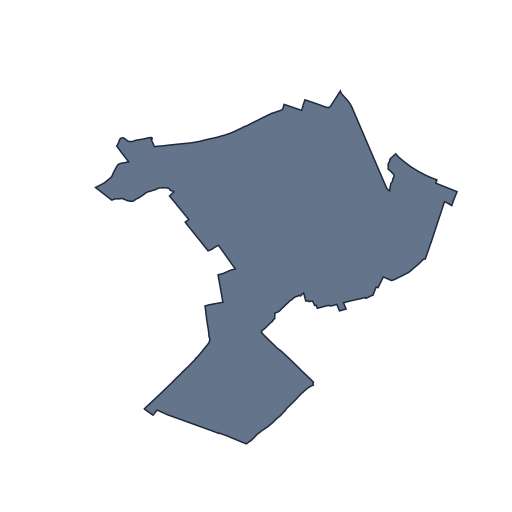 Castelu, Constanta, Romania (Natural Earth projection), rotated 197°
{"feature_id": "2599482B70858783646654", "entity_name": "Castelu", "entity_type": "district", "adm_level": 2, "iso_a3": "ROU", "parent_name": "Romania", "parent_adm1": "Constanta", "projection": "natural_earth1", "projection_center": [28.385, 44.29], "detail": "fine", "context": "isolated", "style": "filled", "palette": "slate", "viewbox_px": 512, "rotation_deg": 197, "n_neighbors": 0, "source": "geoboundaries", "source_scale": "gbopen_adm2", "svg_char_len": 5814}
<svg xmlns="http://www.w3.org/2000/svg" viewBox="0 0 512 512"><g transform="rotate(197 256 256)"><path d="M93.2,302.7L93.2,303.8L92.7,315.2L92.6,320.1L92.4,320.6L92.4,321.1L92.5,321.5L92.3,330.1L92.0,345.4L91.6,362.9L91.5,363.1L91.4,363.2L91.2,363.1L90.4,363.0L89.7,362.9L83.5,361.4L83.5,361.5L83.5,362.1L83.5,363.4L83.3,367.6L83.0,371.0L82.6,375.2L82.5,376.3L95.4,377.4L105.3,378.2L105.2,380.7L105.6,380.8L105.4,381.1L105.4,381.8L106.9,381.8L108.1,381.9L110.2,382.0L113.6,382.4L116.3,382.7L118.8,383.1L124.8,384.2L129.9,385.5L133.9,386.6L141.9,389.5L149.0,392.5L152.0,394.5L152.0,394.4L152.7,393.8L155.7,388.9L156.3,387.5L156.2,387.0L156.2,386.7L155.8,385.6L156.2,384.4L156.6,382.8L155.6,380.0L155.4,379.2L155.4,378.5L154.9,377.6L154.1,377.4L153.6,377.3L152.9,376.8L152.1,376.5L150.3,375.4L148.3,374.4L147.6,373.6L147.3,372.4L147.4,371.2L147.6,370.5L147.7,369.8L147.4,367.3L147.5,366.7L148.0,365.4L148.2,364.4L147.9,361.4L147.3,357.9L147.2,357.5L148.7,357.8L149.5,358.2L150.6,358.9L150.9,359.1L153.9,362.6L164.3,374.9L175.5,388.1L207.4,425.9L209.3,427.9L212.0,430.2L214.5,431.9L221.4,436.0L222.1,436.5L222.7,437.2L223.2,437.9L223.6,438.5L224.3,436.2L224.9,433.9L226.1,429.5L227.9,423.1L228.4,421.1L230.0,419.1L232.5,418.8L235.2,418.9L239.7,419.2L254.9,419.7L255.0,414.2L255.0,411.6L254.9,409.5L254.9,408.6L272.6,409.2L273.5,409.2L273.4,406.3L273.4,405.1L273.7,403.5L275.4,402.2L276.1,401.5L277.2,401.0L277.6,400.6L279.8,399.0L280.8,398.1L281.5,397.6L281.9,397.3L282.2,397.5L289.1,391.1L294.1,386.3L297.5,383.1L298.0,382.6L298.8,381.9L301.0,379.7L301.7,378.9L303.4,377.5L305.2,376.2L305.5,375.9L307.0,374.3L312.8,369.1L315.7,366.5L320.6,362.9L323.8,360.9L327.6,358.4L331.3,356.2L335.2,354.1L343.7,349.0L351.0,345.3L370.1,337.3L376.4,334.5L383.5,331.6L383.8,331.4L385.1,330.9L390.5,337.1L389.4,337.7L390.0,338.5L390.3,338.7L390.8,338.7L393.1,337.8L398.2,334.8L404.9,331.5L407.3,329.5L411.1,328.3L412.0,328.4L412.9,328.7L414.6,329.4L416.3,330.0L416.9,330.1L417.3,330.2L418.2,330.0L418.9,329.7L419.7,329.0L420.1,328.5L420.4,327.8L420.5,327.2L420.6,324.0L420.9,322.3L421.4,320.4L415.7,316.2L410.8,312.7L405.3,308.8L406.8,308.0L410.6,306.0L412.9,304.8L414.0,303.8L414.6,303.0L415.0,302.2L415.3,301.0L415.9,298.0L416.6,294.7L416.9,292.6L417.1,290.4L417.5,289.1L419.3,286.2L421.0,283.7L422.1,282.0L423.6,280.3L429.5,274.6L410.4,267.3L409.9,267.5L409.0,268.2L408.2,268.8L407.1,269.6L406.1,269.9L404.8,270.2L403.5,270.6L402.5,271.1L401.6,271.7L400.4,271.8L399.2,271.7L394.3,271.3L392.0,271.7L390.5,272.1L389.5,272.6L388.1,274.2L387.4,275.3L384.9,277.5L383.9,278.8L381.9,281.2L380.1,283.6L379.6,284.6L378.8,285.3L375.9,287.1L373.8,288.6L373.7,288.7L372.3,289.6L371.0,290.5L369.0,292.4L368.0,293.1L366.5,293.4L364.8,294.0L363.7,294.5L362.2,294.8L360.7,295.1L359.2,295.1L358.5,294.9L358.0,294.6L357.5,294.0L356.9,293.6L354.6,293.8L353.7,293.7L353.2,293.3L353.8,292.5L356.3,288.1L347.0,282.0L347.0,281.9L331.2,271.4L330.9,271.2L333.6,267.8L333.6,267.6L303.3,246.9L303.1,247.1L301.2,248.6L299.8,249.9L298.7,251.5L296.6,253.8L294.8,255.1L272.1,237.6L275.5,235.4L277.4,234.0L279.4,232.2L282.4,229.6L286.8,226.9L274.1,202.0L274.4,201.9L275.0,201.6L285.3,196.3L286.7,195.6L287.7,194.9L288.7,194.2L290.2,193.3L290.0,192.9L289.6,192.1L288.5,189.7L284.9,181.5L283.4,178.4L281.6,174.7L280.7,172.9L279.5,170.4L277.2,164.8L275.8,163.4L275.8,162.7L275.6,160.1L275.6,159.2L279.1,150.8L279.7,149.1L280.3,147.6L281.4,145.0L282.2,143.1L282.7,142.0L283.4,141.4L283.5,140.9L284.4,138.2L284.9,137.4L286.3,134.8L286.7,134.0L288.7,130.1L290.0,127.9L291.0,126.0L291.4,125.2L292.0,124.2L292.4,123.8L292.5,123.5L293.1,122.0L296.4,116.0L297.9,113.1L298.7,111.9L298.6,111.7L298.9,111.1L302.3,105.0L303.8,102.4L305.9,98.6L309.7,91.9L311.6,88.6L315.1,82.5L315.4,82.0L316.5,80.1L318.0,77.3L318.1,77.2L317.8,76.9L308.1,73.7L307.8,73.8L306.3,77.9L305.5,79.8L305.3,79.8L299.8,79.0L294.3,78.3L258.0,76.5L252.2,76.2L247.9,76.0L244.8,75.8L241.3,75.6L239.6,75.4L239.4,75.7L239.2,75.9L233.8,75.6L232.6,75.6L231.9,75.6L227.4,75.1L225.1,74.9L223.4,74.7L210.5,73.5L210.3,73.5L209.1,75.1L208.0,76.8L206.8,77.9L203.3,84.6L202.9,85.7L202.7,86.1L201.0,88.1L199.6,90.5L198.9,91.1L198.2,92.0L197.0,93.5L195.1,95.8L193.8,97.8L192.8,99.2L191.6,101.1L191.4,101.4L188.6,106.7L188.4,106.7L188.2,107.2L187.9,107.7L185.9,110.5L184.7,113.2L183.0,116.4L182.1,119.2L181.1,121.0L180.3,122.4L178.5,125.6L176.0,130.3L175.3,131.7L174.0,134.6L172.1,138.2L171.0,139.7L170.3,141.2L169.4,142.4L168.0,144.7L165.5,147.6L163.4,149.3L164.2,150.1L164.4,150.6L164.1,151.5L164.2,152.0L164.6,152.4L167.8,154.1L171.2,155.8L177.0,158.7L180.8,160.6L180.9,160.8L195.9,168.5L204.5,172.6L206.9,173.5L207.6,173.6L208.4,173.9L223.8,181.9L224.1,182.0L227.6,183.9L228.3,184.2L228.1,184.5L228.5,185.1L228.5,186.9L228.0,187.1L227.0,188.2L225.8,190.3L224.5,192.8L222.6,196.3L221.3,198.1L221.2,198.6L220.8,199.6L220.5,201.0L219.8,201.4L221.2,207.1L220.6,207.5L219.1,208.4L217.5,210.2L216.2,212.7L214.4,215.9L213.6,217.5L212.0,220.2L210.7,222.7L208.8,225.0L207.4,227.3L205.9,228.9L204.5,229.6L203.6,230.8L203.2,230.9L202.0,230.6L199.7,234.5L199.5,234.4L195.2,227.4L192.9,228.5L192.1,227.8L188.9,229.4L187.4,228.1L185.5,225.8L184.2,226.6L182.1,223.9L172.1,230.1L171.7,230.0L171.4,229.8L171.2,229.7L169.5,230.3L168.5,230.8L166.6,232.0L164.6,233.3L164.3,233.0L160.1,227.9L154.3,231.6L158.7,236.9L158.5,237.0L153.9,239.8L149.9,242.2L144.8,245.0L139.3,248.3L138.4,247.6L133.7,252.1L132.7,252.6L132.0,261.5L130.0,261.4L129.1,267.3L128.2,273.1L125.3,272.9L120.8,272.3L119.2,272.2L118.8,272.3L118.1,272.9L117.8,273.2L117.1,273.6L114.2,276.3L112.9,277.6L111.3,279.0L107.8,282.5L106.9,283.4L106.0,284.1L105.5,284.6L104.1,286.5L100.3,292.6L99.6,293.6L99.3,294.1L98.4,295.5L97.5,297.1L96.5,298.8L96.4,299.3L95.3,301.0L95.1,301.6L94.9,301.8L93.8,302.3L93.2,302.7Z" fill="#64748b" stroke="#1e293b" stroke-width="1.5"/></g></svg>